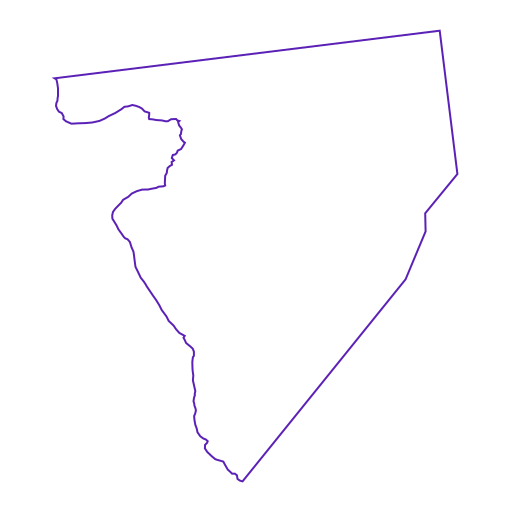 outline of Ngeiungel, Palau
{"feature_id": "81905179B59978558639999", "entity_name": "Ngeiungel", "entity_type": "district", "adm_level": 2, "iso_a3": "PLW", "parent_name": "Palau", "parent_adm1": "", "projection": "orthographic", "projection_center": [134.62, 7.699], "detail": "fine", "context": "isolated", "style": "outline", "palette": "violet", "viewbox_px": 512, "rotation_deg": 0, "n_neighbors": 0, "source": "geoboundaries", "source_scale": "gbopen_adm2", "svg_char_len": 2221}
<svg xmlns="http://www.w3.org/2000/svg" viewBox="0 0 512 512"><path d="M457.4,174.0L439.7,30.7L54.6,78.3L56.4,79.4L57.2,82.8L58.0,88.2L58.0,92.0L58.0,96.0L57.6,98.2L57.4,100.9L56.4,102.9L56.0,105.9L57.2,109.1L58.6,111.2L59.0,111.7L61.8,113.1L63.6,116.5L63.4,119.1L66.0,121.3L71.4,123.7L78.2,123.3L85.1,123.1L92.3,122.5L99.5,120.9L104.9,118.5L108.7,116.1L115.1,113.1L121.4,109.2L124.4,106.8L128.0,106.4L132.4,105.0L135.8,105.8L139.2,107.0L142.0,108.6L144.6,111.4L146.0,111.8L149.2,112.8L149.2,114.8L148.8,117.7L149.2,119.1L152.2,119.3L156.8,120.1L161.8,120.4L165.7,121.3L167.9,121.2L171.1,119.2L176.1,119.0L177.3,120.4L179.3,121.0L178.1,122.0L179.1,125.4L180.9,127.7L181.9,129.3L181.3,131.1L180.9,134.1L179.9,135.3L181.1,138.9L183.3,141.5L184.9,142.7L183.7,144.9L181.1,149.0L177.7,150.6L176.9,152.8L175.4,154.4L172.8,155.0L171.8,158.0L174.0,160.4L171.6,162.0L172.0,164.8L169.8,166.0L167.6,168.0L167.0,170.8L166.8,172.9L165.2,175.7L165.0,179.9L164.8,183.1L165.2,185.5L163.4,186.3L158.6,186.7L156.4,187.9L151.8,188.7L148.1,189.5L142.1,189.6L136.7,191.2L131.7,193.6L128.3,196.8L123.1,199.8L121.1,202.8L118.5,205.4L115.3,208.7L113.0,211.9L112.2,215.3L112.4,218.7L116.6,225.5L118.4,229.3L121.8,234.0L123.7,236.8L125.3,238.4L127.5,239.2L129.9,242.0L131.5,247.2L133.5,251.8L134.1,256.2L134.9,262.7L135.5,266.9L137.9,271.7L140.7,277.7L143.9,281.7L145.9,284.8L146.5,286.0L153.1,295.8L156.1,300.0L159.3,305.2L161.7,310.0L166.5,316.5L168.7,320.9L173.7,325.7L176.1,329.3L179.3,332.9L183.3,335.1L184.7,335.9L183.5,337.7L184.7,339.9L186.1,343.0L190.5,346.6L192.7,348.6L193.9,351.6L193.9,355.8L192.9,357.2L192.3,362.0L192.5,368.7L192.7,371.1L193.3,375.5L192.9,380.3L194.1,385.7L195.3,391.0L194.7,394.2L194.9,395.2L194.1,397.4L193.5,401.2L194.1,403.0L194.5,405.8L195.5,408.4L195.9,410.6L195.1,413.8L194.1,416.1L194.5,420.3L195.3,424.7L196.7,428.5L197.5,432.3L200.3,436.3L203.3,438.5L205.9,439.5L207.7,441.2L207.1,442.8L205.1,444.8L204.9,448.4L207.3,452.0L211.7,456.2L215.3,459.2L217.7,460.0L220.7,460.8L223.3,461.6L224.9,464.6L227.7,469.5L230.1,471.7L232.1,473.7L234.9,473.7L236.9,475.3L237.5,478.9L239.7,480.5L242.1,481.3L242.6,481.3L405.6,279.3L425.6,231.4L425.2,213.3L457.4,174.0Z" fill="none" stroke="#5b21b6" stroke-width="2"/></svg>